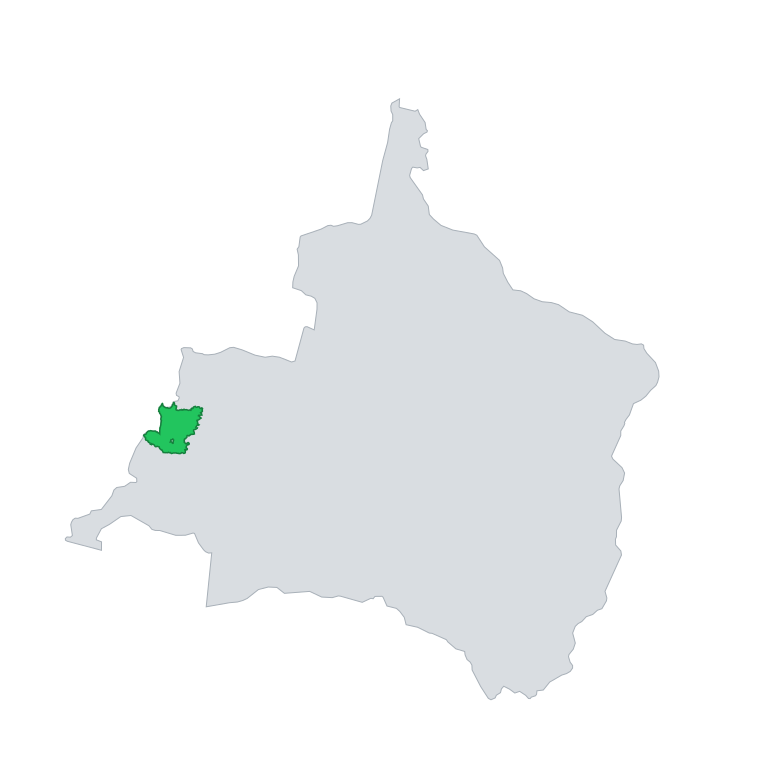 location of Mutshatsha, Katanga, Democratic Republic of the Congo, rotated 104°
{"feature_id": "63176286B57018267641486", "entity_name": "Mutshatsha", "entity_type": "district", "adm_level": 2, "iso_a3": "COD", "parent_name": "Democratic Republic of the Congo", "parent_adm1": "Katanga", "projection": "albers", "projection_center": [25.024, -10.86], "detail": "fine", "context": "in_parent", "style": "filled", "palette": "green", "viewbox_px": 768, "rotation_deg": 104, "n_neighbors": 0, "source": "geoboundaries", "source_scale": "gbopen_adm2", "svg_char_len": 9486}
<svg xmlns="http://www.w3.org/2000/svg" viewBox="0 0 768 768"><g transform="rotate(104 384 384)"><path d="M643.2,502.6L589.5,510.3L590.5,513.3L589.9,516.6L588.5,519.0L583.0,525.6L574.8,531.7L574.8,533.2L578.8,540.1L581.2,549.5L580.4,566.0L581.4,570.5L581.2,574.0L578.4,577.8L572.8,597.7L576.3,607.3L586.7,616.5L592.8,623.2L603.1,625.8L604.8,625.4L605.5,619.9L613.7,617.9L613.2,653.3L612.6,655.3L611.1,655.8L609.1,654.6L608.5,651.2L606.4,649.7L596.3,653.9L593.7,653.8L590.9,653.0L588.9,651.2L588.4,648.5L581.4,638.0L577.9,637.3L574.1,627.9L558.3,621.0L552.2,620.4L549.1,618.3L546.0,610.9L540.7,606.2L539.6,600.9L538.5,600.2L535.3,601.2L532.4,609.5L528.8,611.4L522.3,611.6L506.0,609.1L494.4,604.8L491.3,605.1L486.7,601.2L484.8,594.9L485.8,590.0L485.0,589.2L467.2,593.4L462.9,595.9L458.9,595.2L457.6,593.9L459.4,590.5L458.5,586.8L457.2,585.2L451.9,583.8L450.2,579.9L447.0,579.3L445.9,579.9L445.2,582.6L443.2,583.5L432.6,582.2L421.5,585.8L406.7,584.9L399.7,589.2L398.7,589.1L397.1,587.0L395.7,580.3L396.4,578.4L398.6,577.1L399.3,574.4L398.5,567.4L399.1,565.7L398.3,561.7L396.0,555.4L392.8,550.2L386.1,542.4L384.8,538.8L385.2,530.0L387.2,516.1L386.8,505.8L384.0,499.1L383.3,491.9L385.0,479.0L383.2,475.9L349.1,475.2L347.6,474.3L347.0,472.5L348.4,464.8L327.7,467.1L321.4,468.6L317.6,471.8L316.4,475.8L316.4,481.4L313.4,486.8L312.7,495.9L306.9,497.1L301.2,497.2L290.1,495.5L279.4,498.3L274.2,500.9L271.4,499.8L261.7,500.9L260.4,500.3L249.0,482.6L243.9,476.8L242.8,473.9L243.2,471.1L241.7,467.4L236.3,458.3L235.2,454.1L235.3,447.4L234.6,445.2L229.8,439.5L226.7,437.7L223.2,436.8L167.4,439.3L148.8,438.9L135.4,440.2L128.5,440.0L126.6,439.2L120.5,440.7L117.4,443.2L112.6,444.7L109.5,444.3L103.5,437.9L111.3,436.4L111.9,435.7L111.8,419.8L109.6,417.6L113.7,414.7L120.3,407.4L126.8,404.7L127.7,403.2L129.1,403.2L131.6,406.1L137.5,409.7L144.5,406.1L145.3,405.1L145.9,398.2L147.7,397.6L150.8,398.9L152.5,398.9L155.6,396.8L164.6,393.1L167.4,397.3L165.1,401.4L166.3,404.1L166.6,408.5L168.2,409.4L175.4,409.6L177.4,408.5L191.2,392.4L194.9,390.5L200.7,384.1L208.6,381.0L211.9,376.0L216.3,367.1L218.0,354.5L216.6,332.8L217.2,329.9L226.6,319.8L236.1,301.8L242.7,297.0L247.8,295.0L255.4,288.4L261.5,281.7L260.5,273.9L261.8,267.4L265.0,259.1L265.9,250.4L264.5,241.3L264.8,233.8L269.2,221.7L269.3,208.1L273.2,196.5L281.3,181.9L285.0,171.0L284.0,160.4L285.0,152.6L284.4,148.0L282.8,144.0L283.5,141.5L286.7,140.4L290.6,136.4L297.5,125.8L305.1,120.6L310.5,118.9L316.1,119.0L319.7,119.8L325.7,123.8L332.5,127.0L337.6,130.9L342.7,137.2L354.7,138.4L359.8,140.6L363.0,141.4L364.1,140.8L366.6,141.1L372.3,142.9L376.8,141.8L399.0,145.8L401.5,143.7L407.6,132.8L412.2,129.0L419.8,128.6L425.7,130.6L428.9,130.6L456.1,121.2L459.6,120.7L469.6,123.0L476.0,121.5L478.6,121.9L484.2,120.3L488.7,113.8L492.5,112.2L531.7,119.4L537.7,116.0L540.6,115.7L549.3,118.2L551.9,122.2L557.1,125.7L560.8,131.4L566.6,134.6L569.5,137.7L572.9,139.8L580.0,140.7L589.1,135.7L595.5,136.2L601.8,139.1L604.0,139.0L608.9,136.1L611.5,132.9L614.0,132.3L617.7,133.7L620.8,136.8L623.5,141.2L633.1,151.1L642.4,155.4L644.7,161.4L648.1,160.9L649.8,161.5L652.2,165.3L653.9,166.1L654.2,167.7L651.8,171.2L649.4,178.0L652.2,182.3L649.7,188.4L648.3,194.7L651.4,196.3L655.3,196.3L658.8,199.7L661.7,200.2L664.5,203.8L663.8,206.7L654.3,216.9L640.2,229.3L635.5,230.7L633.0,233.1L631.3,236.7L627.2,239.8L624.0,241.0L623.6,250.2L618.8,259.7L617.0,261.6L614.3,277.1L614.7,279.8L611.9,292.5L612.2,304.3L605.5,307.9L600.8,313.7L598.7,317.7L598.7,327.4L591.1,333.3L590.5,334.6L592.3,341.4L595.0,342.6L595.1,344.9L601.1,352.3L600.4,374.9L600.7,377.1L603.8,382.5L605.8,392.9L603.2,405.9L611.2,430.0L607.3,438.7L609.0,447.2L613.8,456.1L625.2,464.9L628.2,468.6L631.0,473.5L633.6,481.0L643.2,502.6Z" fill="#d9dde1" stroke="#a8b0b8" stroke-width="1"/><path d="M453.0,583.7L453.4,583.5L453.8,583.5L454.4,583.7L455.3,584.2L456.2,584.0L457.4,584.5L457.9,584.7L459.0,585.5L459.7,586.9L459.6,587.3L459.7,587.7L459.5,588.1L459.4,588.5L459.7,588.8L459.8,589.9L459.7,590.7L459.4,591.7L458.8,593.0L458.2,593.3L457.9,593.5L456.9,594.0L456.6,594.1L456.5,594.4L456.7,594.5L457.1,594.4L457.4,594.5L457.6,594.9L458.0,594.9L458.4,594.7L458.7,594.7L459.5,595.2L459.6,595.5L460.2,595.5L460.6,595.8L460.8,596.2L461.1,596.4L461.6,596.2L462.1,596.2L462.4,596.3L463.0,596.5L463.5,596.2L463.8,596.1L464.9,596.1L465.1,596.0L465.2,595.5L465.5,595.0L466.2,594.9L466.6,594.6L467.2,593.8L468.0,593.1L469.2,592.2L469.6,592.0L470.7,592.0L471.5,592.1L472.2,592.0L472.9,591.4L473.1,591.1L473.3,591.1L473.9,591.2L474.7,590.9L475.5,591.0L477.0,590.8L477.1,590.7L477.7,590.7L478.1,590.6L478.4,590.7L479.4,590.7L479.6,590.6L480.4,590.7L480.5,590.8L481.1,590.9L481.5,590.5L482.6,590.5L486.6,589.6L486.2,590.2L486.1,590.8L486.1,591.2L485.9,591.8L485.6,592.0L485.4,592.3L485.6,592.9L485.7,593.3L485.3,593.8L485.1,593.9L485.0,594.4L485.7,596.7L485.7,598.4L485.8,599.5L486.3,600.1L486.4,600.4L486.6,601.2L487.4,601.9L488.1,602.2L489.1,602.7L489.8,602.7L490.3,602.9L490.7,603.3L491.0,604.2L491.2,604.4L491.9,604.7L492.0,604.5L492.3,604.5L492.5,604.3L492.7,603.9L493.1,603.6L493.2,603.2L493.9,602.7L494.1,602.1L494.7,602.2L495.0,602.1L495.5,602.0L496.0,601.5L496.2,601.2L496.0,600.3L496.4,599.5L496.3,599.3L496.4,599.2L496.6,599.3L496.8,599.1L496.9,598.8L497.1,598.9L497.6,598.3L497.7,597.0L497.9,596.9L498.3,596.7L498.5,596.6L498.9,596.4L499.0,596.1L498.8,595.6L499.0,595.4L499.1,594.9L498.8,594.9L498.5,594.8L498.4,594.8L498.6,594.5L498.4,594.3L498.3,594.2L498.4,593.8L498.4,593.0L498.8,592.2L499.7,591.3L500.1,590.7L500.0,590.1L499.9,589.8L499.5,589.4L499.3,589.0L499.4,587.8L499.4,586.9L500.5,586.3L501.0,585.9L501.2,585.2L501.5,584.8L501.9,584.2L501.9,583.9L502.0,583.6L501.8,583.5L503.2,582.2L503.4,582.0L503.9,581.7L503.5,579.3L503.3,578.8L503.0,577.2L502.4,576.7L502.6,575.8L502.6,575.3L502.2,574.7L502.8,573.9L502.9,573.5L502.5,572.7L501.9,571.8L501.4,569.8L501.1,569.1L501.1,568.9L501.3,568.5L501.2,567.5L501.0,566.9L501.1,566.7L501.0,566.4L501.1,566.0L500.9,565.1L500.7,564.9L500.6,564.6L500.4,564.4L500.2,564.1L499.6,563.9L499.5,563.7L499.4,562.6L499.6,562.2L499.7,561.9L499.8,561.7L499.8,561.4L499.4,560.8L499.3,560.6L498.8,560.2L498.6,560.2L497.6,560.5L496.7,560.5L496.6,560.8L496.2,561.3L495.9,561.4L495.3,561.7L495.5,561.5L495.6,561.1L495.6,560.2L495.7,559.7L495.5,559.3L495.2,559.1L494.8,559.1L494.7,559.2L494.4,559.2L494.1,559.6L494.0,560.0L493.7,560.3L493.6,560.6L493.4,560.7L493.0,560.7L492.8,560.8L492.5,560.7L492.4,560.8L492.2,560.8L491.9,560.7L491.4,560.4L490.8,560.2L490.6,560.1L490.3,559.8L490.2,559.5L490.3,559.4L490.2,558.9L489.5,558.5L488.9,558.6L488.6,559.1L488.2,559.4L488.2,559.7L488.2,559.9L488.5,560.0L488.7,560.6L489.1,560.6L489.6,561.0L489.7,561.4L489.7,561.7L489.9,561.9L489.8,562.3L488.8,563.4L488.6,563.6L488.6,563.9L487.8,563.8L487.6,563.9L487.0,564.3L486.8,564.2L486.3,564.2L486.1,564.3L485.8,564.3L485.4,564.1L485.3,563.9L485.3,563.6L485.1,563.3L484.9,563.2L484.2,563.0L483.9,562.7L483.3,562.4L483.1,562.4L482.8,562.5L482.4,562.5L482.2,562.6L481.7,562.6L481.4,562.0L481.4,561.6L481.4,561.1L481.6,560.7L480.5,559.8L480.1,559.7L480.0,559.4L479.7,559.3L479.4,559.0L479.4,558.1L479.1,557.6L478.9,556.8L478.9,556.7L478.7,556.3L478.3,555.9L477.8,556.2L477.4,556.2L476.6,556.6L476.1,557.0L476.0,557.3L474.7,557.6L474.3,557.3L473.9,556.6L473.8,556.2L473.5,555.7L472.5,554.9L472.2,554.5L471.9,554.5L472.2,554.9L472.2,555.3L472.2,555.6L471.8,555.8L471.6,556.2L471.3,556.2L470.4,555.7L469.5,555.6L469.1,555.0L468.9,554.9L468.9,554.7L468.7,554.6L468.7,554.3L468.8,553.9L468.4,553.6L468.3,554.0L468.0,554.3L467.9,554.4L468.1,554.8L467.8,555.3L467.2,555.5L466.4,555.5L465.9,555.7L465.4,556.1L465.0,556.6L464.5,556.7L464.3,556.5L464.0,555.7L463.5,555.1L462.2,554.0L461.6,553.7L461.4,553.3L461.3,553.2L461.2,553.3L461.2,553.5L460.8,554.3L459.8,555.6L459.7,556.0L459.8,557.0L459.6,556.5L459.1,556.1L459.1,555.4L458.9,555.1L458.7,554.9L458.6,554.6L458.6,554.4L458.2,553.3L458.0,553.5L457.4,553.5L457.2,553.6L456.7,554.3L456.4,554.5L456.5,554.8L456.3,555.1L456.0,554.9L455.9,554.7L455.6,554.2L454.4,553.6L454.2,553.7L453.8,554.0L453.2,553.9L453.0,554.1L452.6,554.3L452.4,554.3L451.8,554.1L451.4,554.6L451.3,554.8L451.2,555.0L451.3,555.1L451.9,555.4L452.0,555.6L452.1,556.6L451.1,557.4L451.0,557.5L451.0,558.6L451.1,559.1L451.3,559.2L451.5,559.6L451.8,559.8L452.0,560.2L451.9,560.9L451.8,561.2L451.4,561.5L451.7,561.9L451.7,562.4L452.3,563.1L452.6,563.3L452.7,563.2L453.1,563.4L453.9,563.4L454.0,563.5L454.1,563.9L453.9,564.4L454.1,564.7L454.8,564.6L455.0,564.9L455.0,565.2L455.4,565.2L455.6,565.0L456.0,565.0L456.3,565.0L456.4,565.5L456.3,566.6L456.9,567.2L456.8,568.3L456.9,568.6L456.6,569.1L456.7,569.6L457.0,570.2L457.1,571.2L456.9,571.4L457.1,571.7L457.1,571.8L457.1,572.1L457.4,572.1L457.4,572.4L457.5,572.6L457.8,572.8L457.9,573.0L457.8,573.6L458.0,573.5L458.0,573.9L458.4,574.6L458.4,575.0L458.3,575.5L458.5,575.8L458.6,576.0L459.0,576.4L459.3,576.6L459.3,576.9L459.3,577.0L459.5,577.4L459.4,577.6L459.5,578.0L459.4,578.1L459.3,578.4L459.6,579.1L459.4,579.4L459.1,579.6L458.5,579.9L458.1,579.7L457.7,579.8L457.2,579.9L456.8,579.7L455.8,579.9L455.6,579.9L455.5,580.1L455.6,580.5L455.4,581.1L454.9,582.3L454.6,582.4L453.6,582.6L453.1,582.8L452.9,583.1L453.0,583.7ZM492.7,574.6L492.5,575.2L492.4,575.3L492.0,575.4L491.8,575.9L491.5,576.4L492.0,577.3L489.6,577.2L489.6,576.5L489.1,576.1L488.5,575.8L488.4,575.6L488.6,575.4L488.9,575.3L489.1,575.0L489.2,574.6L489.8,574.5L490.2,574.6L491.6,574.5L492.1,574.3L492.5,574.3L492.7,574.6Z" fill="#22c55e" stroke="#15803d" stroke-width="1.5"/></g></svg>